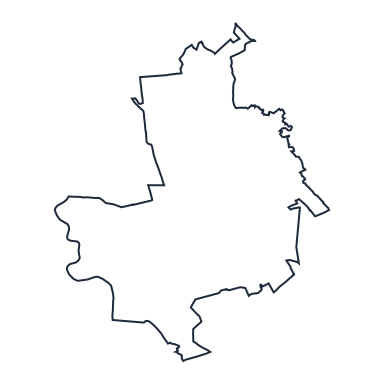 Vanatori, Iasi, Romania (Equal Earth projection)
{"feature_id": "2599482B62135446943489", "entity_name": "Vanatori", "entity_type": "district", "adm_level": 2, "iso_a3": "ROU", "parent_name": "Romania", "parent_adm1": "Iasi", "projection": "equal_earth", "projection_center": [26.772, 47.342], "detail": "fine", "context": "isolated", "style": "outline", "palette": "slate", "viewbox_px": 384, "rotation_deg": 0, "n_neighbors": 0, "source": "geoboundaries", "source_scale": "gbopen_adm2", "svg_char_len": 5976}
<svg xmlns="http://www.w3.org/2000/svg" viewBox="0 0 384 384"><path d="M298.8,263.3L298.4,260.2L296.3,247.3L299.9,207.6L298.9,207.4L294.9,208.3L294.0,208.2L291.6,209.3L290.6,209.5L288.5,207.4L289.6,206.6L293.1,205.0L296.0,204.0L297.2,203.4L295.6,200.6L297.1,200.2L299.0,199.1L306.5,205.7L308.7,208.5L309.2,209.7L310.4,210.2L310.5,210.5L310.4,210.9L311.1,211.3L312.5,212.9L314.6,215.8L315.0,215.8L315.3,216.3L324.2,212.6L329.1,210.0L328.7,209.4L328.5,208.3L323.2,203.1L323.1,202.7L323.4,202.1L323.1,201.8L321.6,200.8L321.3,200.4L321.3,200.1L317.3,195.9L317.3,195.7L315.1,194.7L313.9,193.5L312.2,190.8L311.4,190.5L310.5,189.2L309.6,188.6L309.0,187.5L306.0,185.0L305.3,183.4L304.4,183.3L303.2,182.7L303.1,180.8L304.9,179.7L305.2,179.4L305.0,178.9L303.2,176.6L302.1,176.2L301.6,175.6L301.5,173.9L300.9,173.1L300.0,172.5L302.5,171.1L305.4,169.8L305.2,169.3L304.7,168.9L303.2,168.0L302.5,165.0L302.4,163.5L301.1,160.2L299.6,158.3L298.9,156.9L295.9,156.6L294.3,154.4L291.3,151.4L294.2,150.8L294.2,150.2L293.3,147.9L291.9,146.9L289.1,147.3L288.6,145.5L289.3,144.3L288.5,143.9L288.2,141.9L287.9,141.1L288.0,140.4L287.2,138.5L287.4,137.5L288.4,136.6L289.1,136.4L289.2,135.9L289.1,135.7L288.6,136.0L286.2,136.4L284.1,137.3L282.2,136.8L280.1,134.2L280.1,133.9L280.7,132.6L281.8,132.5L281.6,131.9L281.8,131.3L279.7,130.9L281.9,128.9L283.3,128.1L284.1,128.2L285.1,128.1L286.3,128.6L288.2,130.5L290.6,130.2L292.0,127.3L290.8,125.9L290.0,126.4L288.6,126.6L286.9,124.1L285.2,124.4L285.4,122.8L283.0,121.9L282.7,121.4L282.7,121.0L283.5,119.4L284.1,118.5L284.4,118.3L282.8,117.6L282.5,117.2L282.6,116.0L283.7,114.3L284.7,113.3L282.9,110.1L281.8,109.4L280.6,110.3L279.3,109.3L279.2,108.9L278.7,109.1L276.4,111.2L274.3,112.6L273.8,113.3L269.6,111.8L269.3,112.0L268.7,113.1L269.2,114.1L268.8,115.2L267.5,114.9L266.1,115.0L265.0,114.6L264.3,114.7L264.4,114.4L264.0,113.9L262.1,113.0L263.2,111.1L263.4,110.4L263.3,110.0L262.7,109.6L261.9,110.4L259.4,108.5L259.6,108.0L259.3,107.5L258.4,107.4L257.6,106.5L255.9,106.3L255.0,107.2L254.6,105.3L252.4,106.1L251.6,105.2L247.8,108.7L246.2,107.6L244.1,107.9L243.6,107.6L241.7,107.9L240.5,107.6L235.9,108.1L234.3,105.4L233.7,103.6L232.9,99.3L233.3,96.4L233.2,94.5L233.3,93.5L233.2,93.0L232.9,92.8L233.0,92.1L233.2,91.6L233.1,90.3L233.3,88.8L233.2,87.3L233.7,83.1L234.3,82.1L235.1,78.7L233.3,75.4L232.2,72.9L232.3,72.3L232.6,72.0L232.0,68.3L230.9,66.1L231.8,63.6L231.6,60.4L230.7,58.2L230.7,57.2L232.1,56.4L238.8,53.5L244.7,50.2L244.8,49.9L244.8,47.6L245.2,44.6L247.3,42.9L248.6,42.6L251.4,41.0L255.0,41.0L254.8,40.6L253.5,39.9L252.1,39.9L250.5,39.3L249.6,38.8L245.4,34.5L244.3,32.6L243.1,31.7L239.6,27.8L237.7,26.2L235.3,23.0L235.5,24.4L235.6,26.3L234.5,29.6L233.9,32.6L239.5,38.8L233.2,42.5L232.8,42.0L231.4,40.7L230.6,39.4L220.7,48.3L214.9,53.8L214.6,53.1L213.1,52.0L210.9,50.7L208.0,49.6L205.0,47.6L203.6,46.2L203.0,44.4L201.9,43.3L201.8,43.1L202.2,42.6L201.4,41.6L198.9,42.9L196.5,49.7L193.4,47.6L191.7,44.9L185.8,48.9L184.2,52.7L182.9,54.9L181.0,57.1L180.7,57.8L180.1,58.1L179.9,58.9L179.5,59.5L181.1,61.4L182.7,64.3L182.0,65.2L181.3,67.5L180.4,68.4L181.4,73.4L180.3,73.4L177.9,73.8L176.6,73.6L174.9,74.1L172.4,74.1L171.3,74.6L169.8,74.5L166.5,75.2L140.1,77.1L140.5,82.6L141.2,87.5L141.4,90.9L142.7,100.1L142.7,103.1L142.1,103.2L141.1,103.8L139.3,103.8L137.8,102.0L137.1,100.5L136.7,100.0L135.9,99.3L135.4,98.4L132.0,98.6L133.5,101.1L135.6,103.7L140.4,108.4L142.4,109.9L143.4,111.3L143.9,113.8L144.2,118.1L144.9,124.0L145.5,130.4L145.9,132.6L146.1,132.6L146.1,134.2L146.3,136.3L146.1,137.1L146.4,138.3L146.5,141.4L146.9,142.2L148.1,143.6L148.8,144.0L151.1,144.6L151.9,146.0L152.4,148.2L153.8,155.2L154.3,156.7L156.3,162.9L158.0,167.1L160.1,173.3L161.8,177.8L162.6,180.9L164.1,185.3L148.2,185.2L150.4,192.6L151.2,195.8L152.0,198.5L152.2,199.9L152.1,200.2L151.8,200.4L133.1,204.9L132.9,204.5L132.5,204.6L125.5,206.4L120.9,207.2L120.4,206.8L113.6,204.3L105.7,203.0L102.3,199.9L99.1,197.9L95.5,198.0L87.3,197.3L82.0,197.4L81.4,197.0L68.6,196.5L67.2,199.0L65.2,201.0L63.0,202.5L57.8,205.4L56.8,206.3L55.4,208.1L54.9,209.8L55.5,212.2L57.0,215.5L58.9,218.4L60.4,220.0L67.6,224.2L68.7,226.3L69.1,228.1L69.1,229.3L67.2,236.1L67.1,237.7L67.5,238.7L68.1,239.5L70.3,240.7L77.2,241.5L78.5,242.3L79.2,243.7L79.3,245.4L78.6,249.9L78.8,253.0L79.7,257.7L79.6,258.3L78.9,259.6L78.1,260.9L75.6,262.6L70.1,264.0L68.0,265.8L67.4,266.8L67.1,267.8L67.0,269.9L68.8,273.9L69.8,275.2L73.6,278.9L76.8,280.5L78.2,280.8L87.5,279.5L94.9,277.0L96.2,276.8L98.0,276.9L100.4,277.8L102.8,279.0L109.1,283.5L111.2,285.9L113.1,293.9L113.5,298.2L113.2,300.7L112.8,311.3L112.5,313.5L112.4,316.1L112.7,320.0L143.9,322.6L145.3,321.3L146.4,320.9L147.9,321.0L149.7,321.7L154.4,325.8L156.5,328.0L159.8,331.8L162.0,334.5L163.2,336.9L168.0,343.6L169.8,342.7L171.9,343.7L174.7,344.2L178.8,345.8L179.2,346.7L178.8,347.0L178.4,347.7L177.3,348.0L176.8,348.6L177.2,349.9L177.8,350.2L177.9,350.7L176.9,351.5L175.9,351.9L177.2,352.2L177.4,352.4L177.8,353.3L180.6,354.5L181.8,355.4L182.0,356.0L181.8,356.7L181.8,358.1L182.3,359.6L183.2,361.0L185.7,359.7L196.8,356.6L206.9,353.4L210.2,351.9L207.3,350.0L202.5,347.6L200.3,346.3L197.2,344.2L195.9,342.9L193.6,341.8L193.3,341.2L193.2,335.6L193.0,333.9L193.2,332.4L193.2,329.1L193.7,328.5L201.1,322.0L201.4,321.5L199.5,316.4L196.9,314.0L190.9,307.6L191.4,306.3L195.4,299.4L219.1,293.0L219.5,292.3L221.0,290.5L224.5,289.6L225.5,289.7L225.9,289.2L226.5,289.0L227.3,289.9L228.2,289.9L228.5,290.2L228.9,290.3L240.3,287.2L245.3,288.0L248.8,295.8L250.8,294.2L255.3,293.3L256.6,293.4L257.0,293.1L258.1,293.1L260.3,291.0L260.8,290.8L261.7,289.4L261.6,288.8L260.5,286.7L260.3,285.1L260.8,284.6L261.2,284.7L261.6,285.1L262.3,286.6L268.7,283.4L271.8,289.1L273.8,292.4L276.7,289.8L279.1,287.1L285.9,281.7L289.6,278.3L291.4,276.9L292.9,275.6L293.2,275.2L293.2,274.8L294.1,274.6L294.1,274.1L292.7,272.0L291.8,270.2L291.6,269.4L290.7,268.5L290.6,267.1L290.3,266.5L286.4,260.5L289.5,260.0L295.9,261.6L297.6,262.3L298.8,263.3Z" fill="none" stroke="#1e293b" stroke-width="2"/></svg>